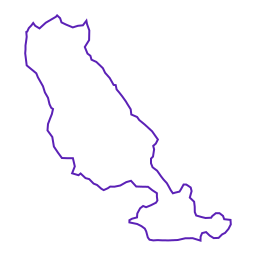 the district of Kallepeia, Paphos, Cyprus
{"feature_id": "46923920B45563659246862", "entity_name": "Kallepeia", "entity_type": "district", "adm_level": 2, "iso_a3": "CYP", "parent_name": "Cyprus", "parent_adm1": "Paphos", "projection": "orthographic", "projection_center": [32.512, 34.84], "detail": "fine", "context": "isolated", "style": "outline", "palette": "violet", "viewbox_px": 256, "rotation_deg": 0, "n_neighbors": 0, "source": "geoboundaries", "source_scale": "gbopen_adm2", "svg_char_len": 2014}
<svg xmlns="http://www.w3.org/2000/svg" viewBox="0 0 256 256"><path d="M33.2,23.0L31.4,25.4L28.8,28.1L27.2,31.6L26.3,32.0L26.7,36.9L26.0,42.1L25.5,45.5L25.5,49.5L25.2,53.3L26.7,65.4L36.3,73.3L37.9,77.3L43.0,86.3L44.9,92.4L48.0,97.8L49.5,104.2L51.2,107.8L53.0,109.0L51.9,114.0L50.3,118.0L48.0,124.0L47.5,130.4L52.3,137.0L53.9,146.6L58.0,152.7L61.9,158.0L67.3,158.2L72.9,158.2L74.8,166.4L72.1,173.3L78.5,175.2L80.6,173.5L85.5,178.1L89.2,179.1L93.6,183.6L97.1,185.0L101.4,188.8L103.7,190.1L107.7,188.3L110.2,186.6L114.4,186.7L120.3,185.5L126.3,182.1L131.0,180.8L136.2,186.5L142.0,186.7L148.0,186.8L152.3,190.2L156.9,193.2L156.9,196.7L157.4,200.5L156.0,202.7L150.8,205.3L146.1,207.2L143.1,206.0L140.1,208.3L137.3,213.5L137.0,217.4L132.1,218.7L129.4,220.2L129.4,222.4L137.2,224.0L141.4,226.1L144.8,228.6L146.2,231.4L147.8,237.4L148.3,238.1L149.5,239.7L153.3,240.4L157.6,240.1L161.6,240.3L168.6,240.4L177.8,240.0L185.2,238.3L192.7,238.2L200.5,240.6L200.6,236.7L202.1,233.1L206.1,232.1L209.7,235.6L213.7,238.1L218.6,237.9L219.6,236.9L222.1,234.4L225.1,232.9L228.5,228.9L230.8,224.4L230.5,219.9L224.2,219.2L223.0,215.9L219.5,213.2L215.8,213.2L214.1,214.6L212.2,216.1L211.2,217.7L205.5,218.0L201.8,217.1L196.2,215.5L194.8,212.1L194.7,206.6L194.1,201.7L189.8,197.6L191.6,191.1L190.7,187.5L187.3,185.2L186.1,184.5L183.6,184.5L180.9,189.4L179.5,191.6L175.3,192.6L172.9,193.3L170.8,190.3L168.3,185.7L166.8,183.1L163.5,179.5L161.1,176.4L158.8,173.1L157.1,170.7L152.6,167.3L151.0,163.3L151.0,158.6L153.0,156.6L154.1,149.3L153.2,145.9L155.8,143.6L157.9,139.5L155.2,135.7L152.1,131.3L144.8,124.6L139.3,120.1L137.1,117.0L131.3,114.5L130.7,109.3L127.5,104.2L125.9,101.5L122.2,96.3L118.9,92.1L116.6,89.4L115.7,85.1L113.6,84.9L109.7,78.0L105.1,72.8L102.9,68.2L99.7,65.1L96.3,61.9L91.5,59.7L90.4,55.8L87.5,53.6L84.8,47.0L89.1,40.1L89.3,30.4L87.0,24.0L86.4,20.7L82.9,25.3L77.9,25.8L72.8,27.4L66.1,24.6L61.5,22.4L60.1,18.2L57.1,15.4L55.9,16.8L45.8,22.7L39.5,28.4L35.2,25.8L33.2,23.0Z" fill="none" stroke="#5b21b6" stroke-width="2"/></svg>